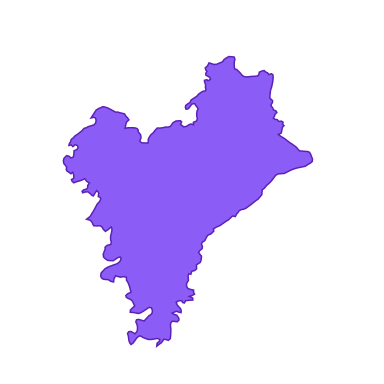 the district of Jaquirana, Rio Grande do Sul, Brazil, rotated 241°
{"feature_id": "56859067B17616703483984", "entity_name": "Jaquirana", "entity_type": "district", "adm_level": 2, "iso_a3": "BRA", "parent_name": "Brazil", "parent_adm1": "Rio Grande do Sul", "projection": "equal_earth", "projection_center": [-50.364, -28.959], "detail": "fine", "context": "isolated", "style": "filled", "palette": "violet", "viewbox_px": 384, "rotation_deg": 241, "n_neighbors": 0, "source": "geoboundaries", "source_scale": "gbopen_adm2", "svg_char_len": 5885}
<svg xmlns="http://www.w3.org/2000/svg" viewBox="0 0 384 384"><g transform="rotate(241 192 192)"><path d="M74.2,86.4L74.7,89.3L75.0,92.2L76.8,96.0L75.6,97.7L73.7,99.4L74.3,102.0L78.0,104.5L81.9,106.8L83.6,107.6L85.4,108.3L87.6,109.7L88.6,112.0L87.3,113.9L85.6,116.3L86.4,118.6L88.2,119.3L91.8,118.9L93.6,117.0L95.7,116.0L95.3,120.5L93.2,122.3L91.8,123.9L93.5,125.1L95.6,125.4L100.3,124.3L103.3,124.7L103.2,127.8L102.0,130.3L99.9,130.2L98.6,131.5L100.0,133.7L98.2,138.1L97.1,140.4L98.9,141.2L102.0,139.0L101.4,142.1L101.4,144.7L104.0,144.9L105.4,145.9L106.6,144.5L108.2,142.8L109.8,141.6L112.3,141.6L114.6,142.9L116.4,146.0L117.9,146.8L120.1,147.6L122.1,149.6L120.6,151.1L122.8,153.4L122.0,156.2L122.5,158.7L124.1,159.6L126.0,160.3L126.3,162.5L126.4,165.0L127.7,166.6L129.2,167.8L131.3,169.2L134.0,168.7L136.0,168.5L137.0,170.5L137.6,173.5L139.3,174.7L141.7,175.0L143.1,176.5L143.2,179.5L145.6,183.0L146.6,185.4L146.1,187.8L146.6,189.9L147.2,192.1L149.3,192.8L149.5,196.1L149.1,200.2L149.5,204.1L149.9,207.3L149.9,210.0L150.4,212.2L151.4,215.8L149.5,218.0L151.0,220.1L151.7,222.2L152.7,224.0L152.8,226.1L152.0,228.8L151.6,231.1L152.0,233.9L152.4,237.4L153.0,240.8L153.5,243.8L153.7,246.4L154.6,248.6L155.8,251.8L158.0,253.2L159.9,254.6L160.2,257.1L161.5,260.2L162.3,263.9L162.9,266.0L163.8,268.3L165.2,271.4L166.1,273.4L166.0,276.2L165.2,278.0L163.5,281.7L163.2,289.3L162.9,291.7L162.1,295.5L160.3,301.3L159.6,303.5L159.9,307.5L159.9,309.7L160.4,312.0L162.4,313.4L165.0,313.7L167.7,314.1L169.8,314.0L171.3,312.8L173.0,310.2L174.6,307.8L176.0,305.9L178.3,305.4L180.8,304.9L183.5,303.6L185.8,302.6L187.2,301.7L188.9,301.0L191.3,299.9L193.4,299.1L195.0,298.2L197.6,296.7L200.4,295.4L200.3,298.6L202.5,300.6L204.7,302.3L205.4,304.6L207.5,304.2L208.9,305.5L210.6,304.6L211.7,302.1L214.1,301.6L215.2,299.9L217.1,298.9L218.5,301.2L219.8,302.3L220.3,304.7L222.1,304.8L224.5,303.0L226.6,303.4L228.6,302.9L230.1,303.5L231.1,305.6L232.8,306.8L234.8,306.1L236.5,305.6L238.9,307.1L240.4,308.3L242.9,310.0L245.6,312.9L247.5,314.5L248.8,315.7L250.2,316.7L251.9,317.9L253.7,319.0L255.5,319.6L257.0,318.7L257.5,316.1L259.5,315.9L261.5,314.5L263.3,314.0L264.0,311.3L264.2,308.9L262.6,307.7L261.7,306.0L262.3,304.0L263.4,301.8L264.5,299.5L265.6,296.8L267.0,294.1L269.5,292.5L273.2,291.8L277.5,290.5L278.9,289.0L281.7,290.0L283.8,291.2L285.4,292.1L287.3,293.9L289.6,294.3L291.0,292.4L292.6,289.9L292.6,286.2L292.2,283.9L291.1,281.8L291.5,278.3L291.8,275.3L293.1,272.8L295.0,271.1L296.7,269.5L294.9,266.9L294.1,263.7L292.0,263.2L290.1,263.5L289.1,261.5L287.3,260.8L285.4,262.1L283.5,263.1L281.5,262.7L281.6,259.8L283.1,259.5L283.6,257.0L282.1,256.3L279.9,256.1L278.2,255.3L276.8,254.3L275.2,254.1L274.0,252.8L274.8,250.3L274.7,247.2L274.3,244.8L273.5,242.9L273.2,240.3L273.1,238.0L272.9,235.8L271.2,233.5L271.2,231.4L270.8,228.6L269.3,227.2L267.2,226.9L266.6,229.2L267.7,231.7L269.0,234.7L267.9,237.3L266.2,237.2L263.6,237.6L261.8,237.7L260.4,235.7L258.3,234.1L256.0,232.9L253.7,232.4L251.9,230.4L252.3,227.0L250.1,226.0L252.0,224.1L252.3,221.9L252.1,218.9L253.0,216.3L256.7,214.8L258.3,216.9L259.9,216.5L260.8,214.7L261.9,212.3L261.8,208.9L260.7,206.7L259.9,205.0L260.3,202.6L261.7,200.3L262.2,198.1L263.2,195.4L264.8,192.6L263.8,189.5L262.6,186.8L262.0,183.8L260.8,181.4L259.4,179.3L257.9,178.6L256.2,177.3L257.6,174.8L259.4,171.8L261.9,171.0L263.9,173.5L265.4,174.3L267.0,174.8L268.9,174.5L270.7,174.2L272.6,175.0L274.1,174.7L275.4,173.6L277.0,171.3L278.1,169.2L279.1,167.5L280.1,164.4L282.7,166.5L284.7,168.3L285.7,171.8L288.1,171.6L290.6,170.9L293.0,170.9L295.0,168.8L296.4,167.2L297.9,165.9L298.7,164.1L300.1,163.1L302.4,161.7L304.1,160.6L305.9,159.4L308.0,157.6L310.0,155.2L309.9,153.1L310.3,151.0L310.1,147.8L305.7,139.6L304.9,142.5L303.4,143.4L301.2,142.9L299.0,141.1L298.3,138.7L298.9,135.5L299.5,132.8L299.4,130.8L300.0,128.5L298.8,124.9L298.4,122.3L298.0,119.8L297.7,116.4L296.9,114.5L296.6,112.0L294.7,110.0L293.7,108.0L292.3,106.9L291.7,109.2L289.4,109.8L290.0,112.9L288.1,114.3L286.5,114.1L284.9,112.2L285.3,108.8L282.0,106.8L280.0,104.9L280.6,102.5L282.8,101.9L284.6,99.9L283.5,96.3L281.5,94.5L278.9,93.7L276.3,94.3L274.0,94.2L272.7,92.9L271.0,92.8L269.0,93.9L266.6,95.0L267.1,97.2L264.8,97.0L262.5,96.0L261.2,94.8L261.4,92.6L259.3,92.3L257.3,93.1L256.9,96.4L256.1,99.4L255.8,101.8L255.6,104.7L254.0,104.8L252.2,105.1L249.6,106.7L248.3,103.9L246.6,103.0L245.6,101.5L246.4,98.5L245.9,96.2L244.3,96.0L243.9,98.2L242.6,101.1L239.7,102.3L237.9,102.7L236.4,103.7L237.3,105.5L238.4,107.2L239.4,109.4L237.8,109.8L236.1,109.9L234.8,108.7L233.4,107.8L232.0,108.9L230.3,109.0L228.5,106.6L227.3,103.0L226.0,101.1L223.3,96.9L220.0,91.0L219.3,86.6L216.7,89.2L214.4,89.9L212.4,89.7L210.1,89.7L208.3,92.6L207.5,94.6L206.2,95.8L204.5,96.4L202.5,96.3L199.5,97.2L199.8,100.7L200.6,104.3L199.1,104.3L197.4,103.4L195.0,101.5L193.2,99.7L191.2,98.4L189.2,97.5L187.6,97.3L185.5,95.5L186.5,92.0L185.9,89.2L184.4,88.6L180.6,84.1L178.0,83.1L175.6,83.8L173.9,84.6L172.6,85.7L170.1,89.7L170.3,92.9L170.6,94.8L170.1,97.6L168.4,97.9L166.5,95.8L165.8,93.7L165.6,91.3L166.1,88.9L167.1,82.0L167.0,78.7L165.3,73.4L163.3,71.7L161.7,71.2L159.9,71.4L158.4,72.5L155.8,76.4L153.4,77.5L151.3,79.8L153.9,81.7L155.7,84.6L153.8,86.4L152.2,88.1L151.1,91.2L149.2,93.3L146.6,91.9L144.5,92.1L142.7,92.0L140.7,91.7L138.6,91.3L133.9,90.0L134.2,86.2L133.5,83.9L131.7,83.5L129.6,84.7L127.5,86.4L125.0,87.0L120.1,86.6L119.3,83.1L118.6,80.8L116.7,79.7L114.9,82.5L111.6,86.4L111.2,88.7L111.5,94.3L111.9,98.4L110.4,100.4L107.3,99.8L105.5,98.4L104.7,96.5L104.7,94.5L102.4,87.6L106.5,83.5L107.1,81.5L105.6,79.9L103.5,79.7L101.7,79.4L99.4,78.4L96.9,76.6L95.6,73.5L99.7,70.9L100.5,68.9L99.5,67.0L97.0,66.5L94.4,65.5L92.2,64.7L90.3,64.4L88.2,64.7L88.4,67.2L91.2,73.1L91.7,76.1L90.4,77.7L88.6,78.5L86.0,80.7L84.5,82.0L83.3,83.8L82.0,86.9L80.7,90.7L78.7,92.4L77.2,91.0L76.7,88.2L74.2,86.4Z" fill="#8b5cf6" stroke="#5b21b6" stroke-width="1.5"/></g></svg>